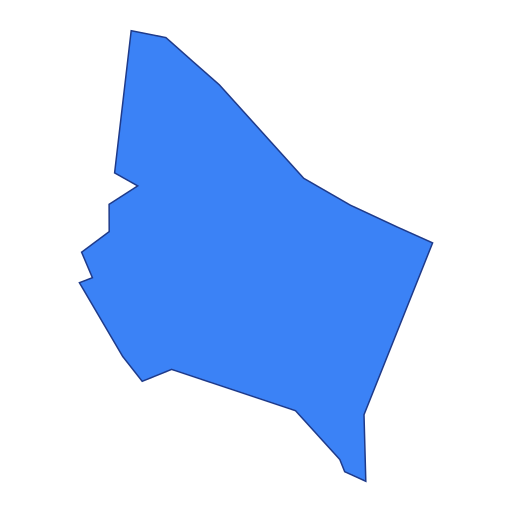 outline of Mirzachul, Jizzakh, Uzbekistan
{"feature_id": "79887680B4064718832090", "entity_name": "Mirzachul", "entity_type": "district", "adm_level": 2, "iso_a3": "UZB", "parent_name": "Uzbekistan", "parent_adm1": "Jizzakh", "projection": "albers", "projection_center": [68.032, 40.685], "detail": "fine", "context": "isolated", "style": "filled", "palette": "blue", "viewbox_px": 512, "rotation_deg": 0, "n_neighbors": 0, "source": "geoboundaries", "source_scale": "gbopen_adm2", "svg_char_len": 412}
<svg xmlns="http://www.w3.org/2000/svg" viewBox="0 0 512 512"><path d="M79.4,282.7L122.7,356.5L142.2,381.3L171.6,369.4L295.5,410.7L339.8,459.5L344.7,471.7L365.8,481.3L364.0,414.7L432.6,242.9L397.4,227.1L350.4,205.2L303.7,178.3L219.3,84.8L192.7,61.4L165.9,37.6L131.2,30.7L114.6,172.9L137.7,185.9L109.1,204.3L109.2,231.6L81.6,252.2L92.4,277.7L79.4,282.7Z" fill="#3b82f6" stroke="#1e3a8a" stroke-width="1.5"/></svg>